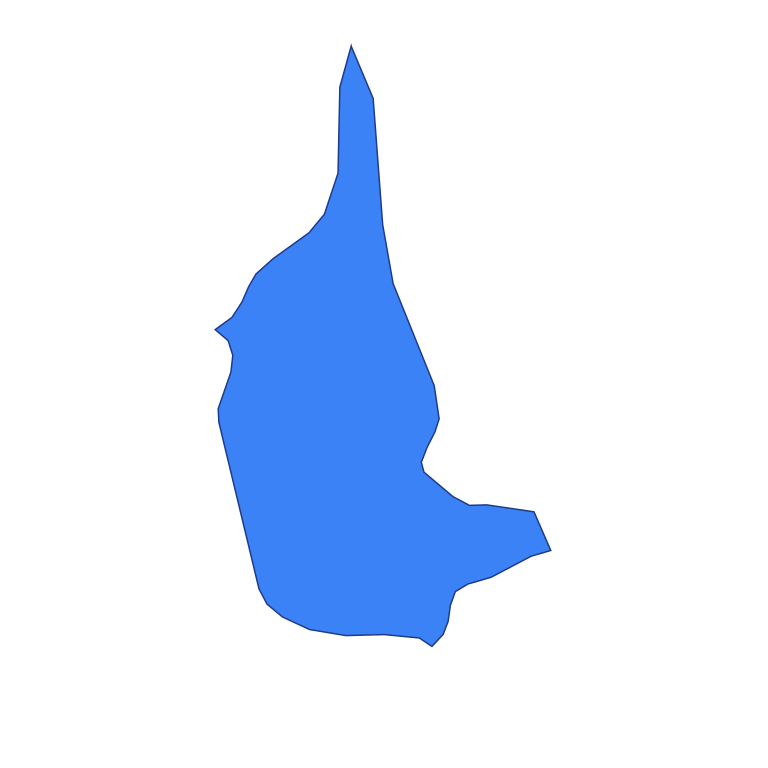 the Highly Urbanized City of Iligan, rotated 218°
{"feature_id": "PHL-5530", "entity_name": "Iligan", "entity_type": "Highly Urbanized City", "adm_level": 1, "iso_a3": "PHL", "parent_name": "Philippines", "parent_adm1": "", "projection": "robinson", "projection_center": [124.411, 8.192], "detail": "fine", "context": "isolated", "style": "filled", "palette": "blue", "viewbox_px": 768, "rotation_deg": 218, "n_neighbors": 0, "source": "natural_earth", "source_scale": "10m", "svg_char_len": 819}
<svg xmlns="http://www.w3.org/2000/svg" viewBox="0 0 768 768"><g transform="rotate(218 384 384)"><path d="M150.1,355.5L162.1,338.8L180.5,297.9L194.8,277.9L200.0,264.3L195.4,250.4L187.4,236.6L183.2,223.1L184.7,206.7L185.1,206.7L199.8,205.6L229.7,186.6L229.9,186.4L254.9,165.8L259.3,162.2L291.4,144.7L320.6,137.9L340.6,138.5L356.4,145.6L390.6,172.8L490.6,252.2L499.4,262.4L512.0,299.2L520.8,313.5L533.5,322.2L550.3,322.9L550.5,322.9L544.8,343.0L546.4,361.2L550.6,377.5L552.6,392.0L548.5,414.7L536.2,457.0L535.5,481.1L550.0,521.8L601.6,590.8L617.9,630.1L617.5,629.8L568.4,602.4L483.2,508.8L438.6,468.7L343.4,413.6L319.1,390.5L314.4,377.7L311.0,360.4L306.4,345.3L298.2,339.1L260.3,337.7L242.1,340.9L241.8,341.1L230.3,350.6L228.8,351.9L187.1,375.6L150.1,355.5Z" fill="#3b82f6" stroke="#1e3a8a" stroke-width="1.5"/></g></svg>